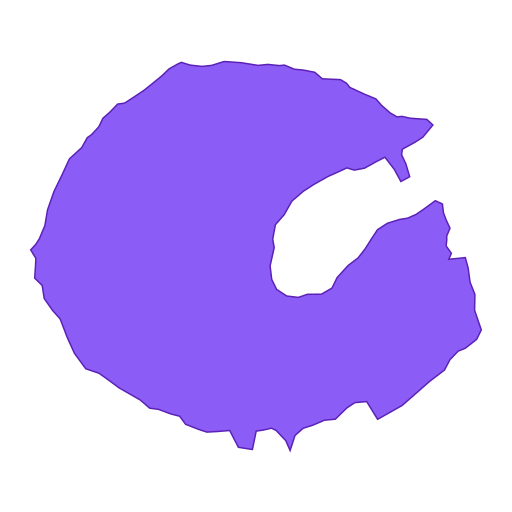 Ureparapara, Torba, Vanuatu
{"feature_id": "77236927B65524271778963", "entity_name": "Ureparapara", "entity_type": "district", "adm_level": 2, "iso_a3": "VUT", "parent_name": "Vanuatu", "parent_adm1": "Torba", "projection": "orthographic", "projection_center": [167.335, -13.537], "detail": "fine", "context": "isolated", "style": "filled", "palette": "violet", "viewbox_px": 512, "rotation_deg": 0, "n_neighbors": 0, "source": "geoboundaries", "source_scale": "gbopen_adm2", "svg_char_len": 1930}
<svg xmlns="http://www.w3.org/2000/svg" viewBox="0 0 512 512"><path d="M30.7,249.9L35.9,258.4L35.5,265.9L34.7,278.1L42.2,285.5L44.2,298.5L52.7,310.6L60.2,319.0L67.3,337.6L74.5,353.4L85.8,368.8L98.9,373.2L108.2,379.8L119.1,387.9L140.4,400.1L149.7,408.2L158.3,409.3L171.0,414.0L179.6,416.2L185.6,424.3L198.6,429.4L206.9,432.1L217.6,431.5L229.7,430.5L238.4,447.3L252.4,449.5L256.2,431.1L263.1,430.1L271.5,428.2L276.2,430.5L285.8,440.7L290.1,450.5L295.0,435.5L303.1,428.3L313.3,425.0L324.4,420.2L335.3,419.2L347.0,407.8L354.9,402.6L366.7,401.6L377.6,419.3L402.1,405.5L429.7,381.3L444.5,370.0L450.0,359.6L458.2,351.1L465.2,348.3L476.7,339.3L481.3,329.9L474.6,310.3L474.9,294.4L470.1,282.3L468.1,267.8L465.3,257.6L448.8,259.3L451.4,253.3L446.1,245.9L446.8,239.9L446.7,236.1L450.0,228.2L446.2,220.0L443.5,212.9L442.4,204.0L435.3,200.7L423.4,209.4L416.1,214.4L407.5,218.2L399.8,219.4L387.5,223.2L377.5,229.7L370.6,240.2L365.1,248.9L358.1,257.9L348.1,265.5L337.1,277.6L332.0,288.1L321.3,294.2L307.5,294.3L298.3,297.4L286.7,296.0L276.6,289.4L271.7,279.3L270.1,265.9L274.2,247.6L272.7,239.2L275.4,224.7L284.1,214.8L291.9,201.1L303.4,191.2L313.6,184.6L327.9,176.5L337.6,172.2L346.9,167.9L354.3,170.1L364.5,168.2L375.6,162.0L384.9,157.2L394.3,169.4L400.9,181.5L409.7,176.7L405.8,163.7L401.6,154.8L402.4,149.2L415.4,142.0L422.8,137.2L432.9,125.0L426.8,119.4L410.0,118.2L402.1,116.4L397.0,116.9L390.0,112.8L381.6,105.4L375.9,98.9L364.7,94.3L349.8,87.4L346.5,83.2L340.4,79.6L331.1,79.2L322.3,78.8L314.8,72.3L303.6,70.1L294.3,69.2L284.5,65.1L279.4,65.6L267.8,64.4L258.1,65.4L241.3,62.7L224.1,61.5L211.6,65.4L201.8,66.4L190.2,65.1L181.4,62.4L178.1,63.8L168.9,69.0L162.0,75.7L154.6,81.8L144.0,90.3L133.4,97.4L124.6,103.1L117.6,104.1L109.8,112.2L102.9,118.3L98.8,126.8L91.4,134.8L87.3,137.6L81.8,147.5L69.4,158.9L62.5,173.9L53.9,191.7L47.5,210.0L44.9,225.5L39.4,238.6L35.8,244.3L30.7,249.9Z" fill="#8b5cf6" stroke="#5b21b6" stroke-width="1.5"/></svg>